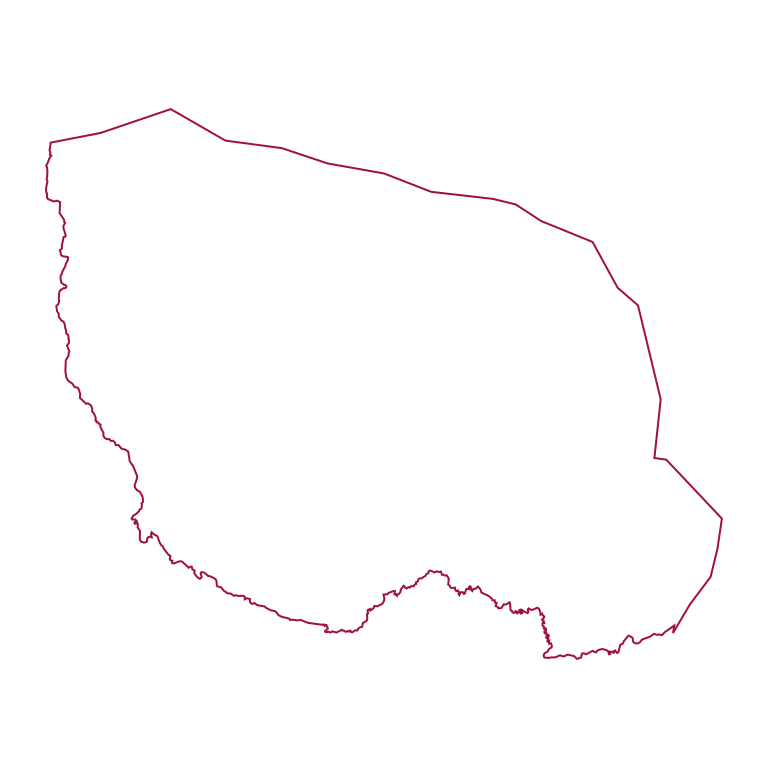 Yunyoo-nasuan, Northern, Ghana (Robinson projection)
{"feature_id": "2480657B16330149254954", "entity_name": "Yunyoo-nasuan", "entity_type": "district", "adm_level": 2, "iso_a3": "GHA", "parent_name": "Ghana", "parent_adm1": "Northern", "projection": "robinson", "projection_center": [-0.116, 10.434], "detail": "fine", "context": "isolated", "style": "outline", "palette": "rose", "viewbox_px": 768, "rotation_deg": 0, "n_neighbors": 0, "source": "geoboundaries", "source_scale": "gbopen_adm2", "svg_char_len": 6028}
<svg xmlns="http://www.w3.org/2000/svg" viewBox="0 0 768 768"><path d="M673.0,633.0L690.0,604.3L710.6,576.9L717.4,549.0L721.9,518.6L666.3,459.7L654.4,458.0L660.7,399.3L638.0,305.4L617.6,287.7L592.6,242.0L541.1,221.0L515.6,204.4L492.9,198.9L431.1,191.8L384.1,173.5L327.4,163.4L282.0,148.2L225.4,140.6L170.7,109.1L100.7,132.9L50.8,142.6L49.5,150.5L50.5,152.8L49.8,154.7L51.3,155.7L49.5,158.0L47.7,162.9L46.2,165.5L46.9,167.1L47.4,170.2L47.2,176.3L46.6,179.1L47.5,181.4L46.1,187.8L46.1,191.7L47.1,193.7L47.0,197.4L48.0,199.1L54.0,201.5L57.1,200.7L60.1,202.2L59.6,213.1L64.3,220.2L64.2,221.9L65.1,223.0L63.5,225.7L63.4,227.8L65.8,235.7L65.1,236.8L63.6,237.0L61.7,246.3L62.0,248.1L61.4,249.2L59.8,250.0L61.4,255.5L63.2,256.3L67.6,257.0L68.1,257.6L67.9,260.0L65.6,264.3L65.4,266.0L62.5,271.3L62.0,273.7L60.9,274.9L60.5,278.2L61.2,282.4L64.0,284.8L65.4,284.9L66.5,286.7L65.5,288.1L63.6,288.1L60.1,290.5L58.8,294.0L59.2,295.3L58.8,297.5L59.1,301.9L58.1,304.4L56.3,306.0L57.1,311.3L58.8,313.9L58.7,316.7L61.6,320.8L63.3,321.5L64.4,323.3L65.6,329.5L66.2,330.3L66.0,332.6L66.7,334.0L67.9,334.5L68.6,336.8L68.3,338.7L68.9,339.5L68.9,343.1L67.0,345.5L69.4,351.6L68.6,353.4L68.5,355.8L65.8,360.2L65.4,371.3L66.4,377.8L68.2,380.8L72.3,383.6L74.7,387.1L77.2,387.5L78.4,388.4L80.2,393.8L79.9,397.8L86.1,403.8L88.0,403.3L91.2,405.7L92.2,408.8L92.2,411.5L94.0,413.5L95.8,417.9L95.4,420.3L96.6,421.1L96.6,422.3L98.4,422.7L99.0,423.8L100.5,424.5L100.3,426.7L103.5,433.1L103.3,435.4L104.7,438.0L107.0,439.2L109.2,439.0L110.8,440.9L113.0,440.8L114.8,442.3L115.8,445.1L118.7,445.2L121.4,448.6L125.2,449.6L128.2,451.5L129.8,461.4L133.2,466.2L137.1,476.0L137.2,477.6L134.7,485.3L134.9,487.3L136.8,490.1L139.8,491.7L142.3,496.2L142.9,498.3L142.9,502.2L141.5,503.4L141.9,504.9L141.5,508.6L139.6,509.6L139.1,511.0L136.0,514.1L133.6,515.3L131.6,518.6L132.3,519.5L135.3,519.5L136.8,521.1L134.8,521.9L134.4,523.1L135.1,523.8L137.1,523.1L137.9,523.9L137.6,527.3L140.0,531.0L139.8,539.4L141.1,541.7L143.9,542.6L146.2,542.1L147.0,541.4L147.2,538.5L147.9,537.4L149.4,536.7L151.7,537.4L151.0,533.8L151.7,532.2L153.4,534.0L157.4,536.2L159.7,542.7L161.4,545.3L162.9,546.4L163.8,548.8L168.6,554.9L170.4,556.0L169.8,559.2L170.5,560.4L172.4,560.7L171.9,562.8L172.5,563.3L174.0,563.4L179.8,561.2L182.1,561.6L188.8,567.8L190.3,566.7L191.7,566.6L192.4,569.4L194.6,570.4L194.3,573.3L197.1,577.0L199.4,578.7L200.5,578.6L201.7,577.0L200.6,573.6L201.0,572.6L201.8,572.1L204.4,572.7L208.0,575.9L210.4,576.3L215.5,579.0L216.5,581.2L216.8,585.2L217.3,586.4L221.1,587.3L224.2,591.1L225.8,591.9L227.1,593.3L230.6,593.5L233.6,595.7L236.5,595.3L238.4,596.0L242.7,595.7L244.1,596.2L244.9,597.2L244.8,599.3L247.0,598.2L250.0,599.1L249.9,601.8L251.3,603.6L252.6,603.9L254.4,603.0L257.4,605.2L264.8,606.5L265.5,607.5L271.0,610.4L274.9,611.1L276.2,612.1L278.5,615.1L281.4,616.7L289.4,618.7L289.9,619.9L293.1,619.7L297.1,620.4L300.4,619.9L308.2,622.9L322.6,624.8L323.5,624.4L324.5,625.8L325.6,624.9L326.5,625.0L326.7,626.8L327.4,627.1L327.8,628.2L327.6,629.1L325.3,630.7L325.1,631.6L325.9,632.1L328.9,631.8L330.5,632.6L332.3,631.4L336.7,632.5L341.8,629.7L342.3,630.6L343.8,630.6L345.8,631.9L347.8,631.0L348.8,631.6L350.4,630.6L351.1,632.1L352.6,632.2L355.3,630.3L357.5,630.4L358.1,628.9L359.8,627.5L362.1,626.8L362.8,623.1L366.7,620.7L367.3,618.9L367.0,614.0L368.1,613.5L367.5,610.9L367.9,609.9L370.0,609.0L369.9,610.5L370.3,610.5L373.4,608.4L374.3,606.0L377.1,606.3L382.3,603.9L384.1,600.6L384.4,598.6L383.5,594.5L387.3,594.3L388.8,592.8L394.0,590.9L395.0,591.0L394.4,594.1L396.9,595.7L396.8,594.2L398.0,594.5L399.0,593.9L400.7,591.5L400.7,589.7L403.6,585.7L404.4,586.2L404.8,587.4L406.8,588.5L408.4,587.1L409.8,587.5L411.3,586.0L413.7,586.4L414.5,584.7L416.1,584.1L415.9,582.3L417.7,581.5L418.4,579.3L419.2,578.6L421.6,578.3L425.4,575.8L426.5,574.0L428.2,573.4L428.7,571.3L429.6,570.6L430.6,570.6L434.7,572.5L436.9,571.3L439.4,572.1L440.9,571.5L442.0,574.8L443.1,574.6L444.7,575.5L446.6,575.3L448.8,578.6L448.2,584.6L449.7,585.6L450.2,587.2L451.4,588.0L454.9,587.6L455.1,589.6L456.1,590.9L456.8,591.1L457.8,590.4L458.7,592.1L458.6,594.0L459.3,595.1L460.0,594.0L460.0,592.3L462.8,592.2L463.9,594.0L464.7,593.6L466.2,589.4L466.9,588.8L469.1,589.1L469.0,587.2L469.8,586.3L470.7,586.7L471.0,589.6L472.3,591.0L473.3,589.0L475.7,588.7L477.9,586.5L480.4,589.3L481.4,592.5L488.9,596.1L491.8,598.7L492.4,600.4L494.7,600.3L495.1,602.6L496.6,602.9L495.6,606.0L497.6,606.9L498.5,608.4L501.5,607.9L503.8,604.3L505.0,604.6L507.3,603.9L509.3,602.3L510.0,603.1L510.6,610.3L512.3,611.1L512.4,612.2L513.0,612.7L514.1,612.9L515.7,611.1L516.9,611.6L516.7,613.1L517.4,613.3L519.0,612.0L519.4,609.9L521.2,609.5L522.1,610.0L520.1,612.4L520.7,613.5L521.5,613.6L522.4,612.7L523.1,611.0L527.5,613.1L528.3,612.2L527.8,609.4L528.8,608.4L530.7,609.8L532.6,609.8L537.1,607.8L538.7,608.4L540.2,611.7L540.5,614.6L542.1,613.6L542.9,615.5L544.2,616.4L544.0,617.7L542.0,619.5L542.6,620.6L543.6,620.7L544.3,623.1L542.8,622.9L542.4,623.6L542.7,625.9L544.0,626.7L543.8,628.7L544.7,629.0L545.8,628.4L546.1,629.6L546.0,630.5L544.3,631.7L544.5,632.9L545.1,633.4L546.1,632.6L546.8,633.9L546.6,635.7L548.2,634.9L548.9,635.6L548.5,636.9L546.4,636.8L546.1,637.3L546.5,638.1L548.2,638.7L547.3,641.3L547.7,641.6L549.3,640.7L549.1,643.7L551.0,643.4L551.9,646.0L551.6,647.3L548.7,649.4L547.6,651.6L544.6,653.2L543.7,655.1L544.0,657.0L544.7,657.6L549.6,657.9L550.8,657.4L555.3,657.4L559.9,655.3L563.7,656.5L567.7,654.6L574.1,656.1L576.8,658.9L581.2,657.5L581.4,655.3L582.2,653.5L583.9,653.3L586.1,654.3L592.7,650.8L595.1,652.3L596.3,652.2L596.8,650.9L599.3,649.7L602.8,649.0L607.2,650.5L608.4,651.8L608.9,654.2L610.0,654.2L610.4,653.4L609.8,651.6L612.1,651.7L613.1,652.7L613.9,652.7L614.1,650.9L615.0,650.4L617.0,652.9L618.3,652.4L620.3,644.8L623.0,643.4L623.8,641.2L628.2,635.9L628.9,635.7L632.0,637.4L632.9,638.5L632.8,641.1L634.3,642.9L635.9,643.4L638.1,643.3L640.3,641.9L642.0,639.6L649.9,636.7L653.9,633.9L657.1,634.8L660.0,634.5L662.0,635.2L664.5,632.4L674.3,625.5L673.0,633.0Z" fill="none" stroke="#9f1239" stroke-width="2"/></svg>